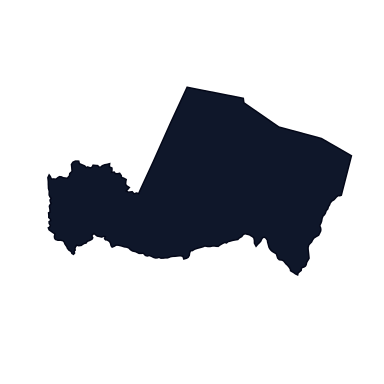 Lagoa do Mato, Maranhão, Brazil (Albers equal-area conic projection), rotated 295°
{"feature_id": "56859067B38222691073156", "entity_name": "Lagoa do Mato", "entity_type": "district", "adm_level": 2, "iso_a3": "BRA", "parent_name": "Brazil", "parent_adm1": "Maranhão", "projection": "albers", "projection_center": [-43.587, -6.007], "detail": "fine", "context": "isolated", "style": "filled", "palette": "ink", "viewbox_px": 384, "rotation_deg": 295, "n_neighbors": 0, "source": "geoboundaries", "source_scale": "gbopen_adm2", "svg_char_len": 3704}
<svg xmlns="http://www.w3.org/2000/svg" viewBox="0 0 384 384"><g transform="rotate(295 192 192)"><path d="M108.3,142.9L109.9,144.4L111.8,145.7L112.6,147.5L113.3,150.7L113.7,153.9L114.4,156.0L114.6,158.3L113.7,160.6L113.4,162.9L113.7,164.3L114.1,166.2L114.0,169.9L115.1,172.3L115.9,173.5L115.5,175.1L114.8,176.5L115.1,178.5L116.4,180.1L116.6,182.3L116.5,184.9L116.8,186.8L117.6,188.3L118.9,189.7L118.9,191.8L120.0,194.0L121.2,195.9L122.0,197.7L123.1,198.8L124.2,199.8L125.4,201.5L126.6,203.8L127.7,205.6L129.3,208.3L129.9,210.9L127.8,212.9L129.7,215.1L131.2,216.1L133.4,216.3L135.8,215.6L138.1,215.5L139.0,217.1L141.2,218.5L143.2,220.6L145.6,223.5L147.0,225.1L148.5,226.4L149.3,229.5L150.2,231.4L151.8,233.5L152.5,235.0L153.2,237.3L153.8,238.7L155.9,239.8L158.5,241.6L160.1,243.0L160.4,244.8L162.2,245.6L163.4,247.1L164.9,248.8L165.9,250.1L167.1,251.8L168.3,253.6L170.2,254.2L172.6,255.9L175.1,256.4L176.6,257.7L177.5,262.2L177.2,264.4L177.1,265.9L176.4,267.6L174.5,269.0L172.0,270.2L169.9,273.0L172.5,273.7L174.5,274.5L176.6,275.1L178.3,275.0L180.5,275.3L181.7,276.8L181.4,278.6L180.1,280.8L178.7,281.6L174.4,285.2L173.4,286.6L172.6,288.2L172.1,289.8L171.6,294.6L170.5,295.6L168.3,297.6L167.5,299.7L168.4,302.6L168.2,304.3L166.5,307.7L166.0,309.5L164.8,312.0L163.8,313.6L162.3,314.6L162.1,316.4L162.0,317.9L161.5,320.4L161.5,322.8L163.3,322.4L165.3,323.2L167.0,324.1L168.8,323.5L170.3,323.8L171.1,325.0L172.8,326.1L174.3,326.2L176.4,325.7L178.4,325.8L179.8,326.0L181.4,326.1L184.8,324.1L186.6,323.0L189.4,321.3L191.0,320.6L193.6,320.2L195.6,320.9L197.3,321.5L199.2,321.5L201.7,321.9L204.1,323.4L206.3,325.0L209.0,325.1L211.1,325.1L212.7,324.5L214.1,323.5L215.1,322.2L216.5,321.9L218.1,322.0L220.3,321.8L223.3,321.0L225.6,320.9L227.3,321.6L229.1,321.8L231.8,321.5L234.0,322.2L236.3,321.8L238.3,322.1L240.5,321.9L243.0,322.6L244.9,323.9L246.8,324.5L248.6,325.0L250.5,326.0L251.1,327.6L252.2,328.7L256.3,327.9L292.2,321.2L294.1,299.5L294.3,296.8L295.2,286.7L288.7,249.4L287.6,243.2L293.2,210.4L294.1,205.2L294.8,201.3L298.6,198.9L286.7,150.8L284.9,143.3L246.0,143.4L239.5,143.5L203.1,144.1L174.5,144.2L167.9,144.3L167.7,142.2L165.8,140.2L167.0,137.7L165.6,135.5L164.9,134.2L165.1,132.0L169.6,133.3L170.0,130.2L170.9,128.6L173.4,127.6L175.5,127.1L175.7,124.1L175.3,122.1L177.0,120.9L178.4,118.5L177.2,117.0L176.2,114.8L177.2,113.1L175.8,110.8L178.1,110.2L179.9,109.3L179.9,106.4L182.9,105.4L181.2,103.4L179.8,101.4L177.8,99.5L176.1,99.0L175.2,97.1L176.1,95.4L175.3,93.3L174.5,91.0L172.5,91.0L170.9,89.8L170.6,86.8L169.3,85.6L170.3,83.8L170.1,77.9L172.1,76.3L171.5,74.9L170.7,73.2L168.7,71.5L166.0,71.1L163.2,72.8L160.0,74.6L157.1,73.4L154.8,74.1L153.4,73.6L151.8,73.3L150.5,69.3L150.5,67.1L149.9,65.4L148.2,64.3L146.2,63.4L145.2,60.7L144.2,59.2L146.2,57.0L147.1,55.3L144.1,55.3L142.5,56.3L141.0,57.2L139.6,57.9L138.3,58.5L137.0,59.2L134.6,60.4L132.4,62.3L130.7,63.0L128.9,63.8L127.6,65.3L126.6,67.1L124.7,66.7L123.2,67.8L122.1,69.2L120.7,68.8L118.9,68.7L117.3,69.8L116.0,70.7L113.9,71.8L112.5,70.8L110.5,72.0L108.3,73.0L107.8,75.0L106.3,76.0L104.7,75.0L103.1,75.9L101.9,77.8L100.0,77.8L98.8,76.9L97.3,78.5L96.9,80.7L96.5,82.8L96.1,85.5L93.7,86.0L92.2,86.9L91.3,88.3L91.6,90.9L92.8,93.3L93.3,95.9L92.6,97.4L91.2,98.8L89.5,101.7L88.4,102.8L87.3,105.0L87.0,107.6L85.6,109.1L85.4,110.9L87.0,111.4L88.4,110.2L89.9,110.7L91.5,109.7L93.0,109.6L95.1,110.0L95.4,112.0L96.8,114.2L98.3,115.0L99.9,116.1L101.0,117.6L103.0,117.9L104.8,119.7L106.9,121.3L108.6,121.4L109.9,119.6L111.6,120.1L113.0,120.7L112.5,122.6L112.0,124.7L112.5,126.7L113.0,129.2L114.4,130.6L114.9,132.3L112.7,132.5L112.1,133.9L112.7,135.3L112.3,138.2L110.9,140.0L109.1,141.4L108.3,142.9Z" fill="#0f172a" stroke="#020617" stroke-width="1.5"/></g></svg>